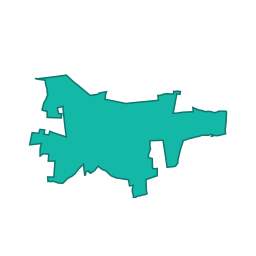 the district of Chocholá, Yucatán, Mexico, rotated 167°
{"feature_id": "50627088B77263395390231", "entity_name": "Chocholá", "entity_type": "district", "adm_level": 2, "iso_a3": "MEX", "parent_name": "Mexico", "parent_adm1": "Yucatán", "projection": "mercator", "projection_center": [-89.837, 20.727], "detail": "fine", "context": "isolated", "style": "filled", "palette": "teal", "viewbox_px": 256, "rotation_deg": 167, "n_neighbors": 0, "source": "geoboundaries", "source_scale": "gbopen_adm2", "svg_char_len": 4367}
<svg xmlns="http://www.w3.org/2000/svg" viewBox="0 0 256 256"><g transform="rotate(167 128 128)"><path d="M227.6,133.7L215.9,132.4L218.1,128.1L218.5,126.6L218.8,125.3L219.1,124.0L219.3,123.4L219.5,122.4L220.0,120.7L220.0,120.4L217.3,121.6L216.3,122.1L215.8,121.9L215.6,121.8L215.2,121.7L214.8,121.5L214.4,121.4L213.9,121.2L212.9,120.8L212.4,120.7L211.1,120.2L213.2,113.7L210.6,113.1L209.5,112.8L208.9,112.7L207.7,112.4L207.0,112.3L206.6,112.2L208.1,107.2L209.5,102.8L209.5,102.7L211.3,96.9L216.2,98.1L217.3,98.4L217.5,97.1L217.6,96.2L217.8,95.1L218.0,93.9L216.9,93.7L216.2,93.4L212.4,92.7L208.5,90.2L207.2,89.7L204.1,88.9L203.7,88.9L198.0,92.5L193.6,93.6L189.6,95.6L187.5,97.4L185.7,98.9L185.4,99.2L179.5,102.8L179.7,101.3L180.1,98.1L180.8,91.7L180.0,91.8L178.7,95.0L175.8,94.7L175.9,93.5L174.6,93.2L174.8,92.4L173.8,92.5L173.6,92.7L170.0,94.1L168.2,95.6L165.5,97.5L165.1,96.9L164.3,95.7L163.5,94.6L162.9,94.0L162.0,93.0L159.9,91.7L159.0,90.8L158.9,90.7L155.4,85.4L151.0,82.2L139.1,77.4L139.6,71.3L135.8,70.8L137.6,67.4L138.1,65.5L138.0,60.6L138.4,59.2L136.1,58.8L133.7,59.5L131.2,59.2L129.8,59.5L126.4,59.3L126.0,59.3L124.2,59.7L124.1,62.5L124.2,63.2L124.1,63.6L124.0,64.0L123.9,64.3L123.8,64.7L123.7,64.9L123.8,65.2L123.7,65.7L123.6,66.3L123.3,67.0L123.3,67.5L122.2,73.0L122.0,73.7L121.0,73.8L113.2,74.6L110.3,74.9L108.6,82.0L108.8,82.1L109.8,82.1L110.8,82.2L112.1,82.6L113.2,82.9L111.2,92.8L113.0,93.6L114.7,95.0L114.2,96.8L113.9,97.6L113.7,98.1L113.4,98.3L112.9,99.3L110.8,102.4L110.7,102.9L110.7,103.3L110.8,103.4L110.8,103.7L110.7,104.2L110.7,105.2L110.5,105.9L110.3,107.1L109.9,108.4L109.7,109.0L109.6,109.6L109.4,110.2L109.3,110.6L96.7,108.2L96.7,107.6L97.6,94.8L98.4,85.1L98.8,80.9L96.7,80.7L94.8,80.4L90.8,80.0L90.6,80.2L89.3,80.8L88.9,81.4L87.8,82.3L87.3,82.6L86.9,84.8L86.7,85.2L84.9,89.0L81.7,95.4L79.6,98.9L78.8,100.1L76.9,103.4L73.5,103.5L71.0,103.9L69.5,103.9L68.7,103.8L67.3,103.9L66.9,103.9L66.4,103.9L66.2,104.0L65.7,103.9L65.3,104.0L64.6,104.0L63.5,104.0L62.6,104.0L62.0,104.0L61.4,103.9L60.4,103.9L59.7,104.0L58.7,104.2L57.5,104.3L57.1,104.3L56.0,104.0L55.4,104.0L54.1,103.4L53.5,103.3L52.8,103.2L52.6,103.1L52.3,103.0L52.0,103.0L51.8,102.9L51.3,102.9L50.4,102.9L50.0,102.9L49.5,103.1L49.2,103.2L48.8,103.0L48.3,102.9L48.1,102.7L47.2,102.4L48.4,101.2L46.5,101.2L45.0,101.2L43.8,100.7L43.2,100.5L40.5,100.3L34.2,100.4L33.8,104.1L31.2,111.5L28.4,121.4L28.9,122.4L35.7,124.0L37.8,123.5L40.5,123.5L43.1,125.1L45.1,125.9L46.2,126.2L48.0,126.3L50.1,127.0L50.7,127.7L53.7,129.2L55.0,129.6L60.2,133.4L60.7,129.2L65.8,130.1L70.6,131.0L76.8,131.5L77.0,131.5L80.7,132.2L77.2,140.1L72.7,150.4L69.8,149.1L68.7,151.7L71.4,152.8L74.6,153.1L75.2,153.5L75.8,151.1L78.1,151.3L82.7,152.8L86.5,152.9L86.8,152.9L87.1,152.6L88.5,152.7L89.0,152.5L91.6,153.0L92.1,148.2L104.2,149.7L112.8,150.9L120.7,151.9L122.0,152.0L124.5,152.3L133.7,156.5L144.1,161.2L143.0,163.2L142.9,163.7L142.6,165.0L141.9,166.5L141.4,167.3L140.8,168.2L147.4,168.5L148.3,168.5L148.9,167.9L149.2,167.8L150.0,167.7L157.5,168.2L168.0,182.0L170.8,185.4L176.2,193.4L190.6,194.7L204.9,196.3L207.4,197.2L207.2,197.0L203.9,195.4L197.9,193.2L198.0,192.5L198.1,192.0L198.2,190.8L198.3,190.3L198.3,189.9L198.3,189.7L198.4,189.3L198.3,188.8L198.3,188.0L198.3,187.5L198.3,187.4L198.4,187.1L198.3,186.9L198.3,186.4L198.2,186.1L198.1,185.2L198.2,184.4L198.2,184.0L198.3,183.5L198.4,182.9L198.4,182.5L198.5,182.3L198.5,181.6L198.6,181.0L198.7,180.8L198.7,180.4L198.8,180.0L198.8,179.4L198.7,178.9L198.6,178.4L199.0,178.1L199.3,177.6L199.5,177.3L199.7,177.2L200.0,176.7L200.6,176.2L200.7,175.9L200.9,175.3L201.3,174.7L201.5,174.4L202.0,173.9L202.6,173.4L202.9,173.0L203.2,172.5L203.6,172.3L203.8,172.1L204.1,171.8L204.3,171.5L204.5,171.3L204.6,171.0L204.9,170.5L204.9,170.3L205.1,170.0L205.4,169.5L205.6,169.1L205.8,168.7L205.9,168.4L206.1,168.1L206.2,167.8L206.3,167.6L206.4,167.3L206.5,167.2L206.8,166.6L207.0,166.5L207.2,166.4L207.6,164.6L203.1,162.4L204.4,156.5L199.4,155.1L190.7,152.8L189.3,156.7L192.3,157.5L192.4,162.3L192.3,163.6L186.2,163.6L187.0,161.3L188.1,152.3L189.3,142.1L190.1,133.2L196.2,136.8L201.8,140.2L204.9,142.5L206.7,139.1L211.4,141.0L209.5,144.7L214.1,146.5L216.3,142.9L222.4,145.1L224.1,141.5L224.3,140.9L224.5,140.6L224.6,140.4L224.9,139.7L225.1,139.2L225.4,138.5L225.7,137.9L226.0,137.3L226.3,136.7L226.4,136.3L227.6,133.7Z" fill="#14b8a6" stroke="#0f766e" stroke-width="1.5"/></g></svg>